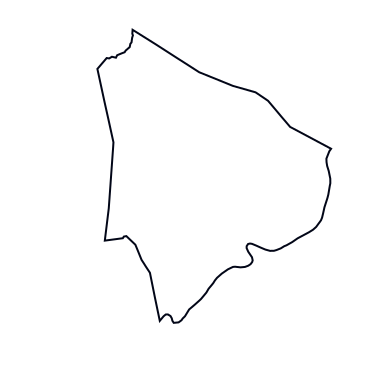 Miguel Alves, Piauí, Brazil, rotated 200°
{"feature_id": "56859067B82587646151349", "entity_name": "Miguel Alves", "entity_type": "district", "adm_level": 2, "iso_a3": "BRA", "parent_name": "Brazil", "parent_adm1": "Piauí", "projection": "mercator", "projection_center": [-42.811, -4.205], "detail": "fine", "context": "isolated", "style": "outline", "palette": "ink", "viewbox_px": 384, "rotation_deg": 200, "n_neighbors": 0, "source": "geoboundaries", "source_scale": "gbopen_adm2", "svg_char_len": 1535}
<svg xmlns="http://www.w3.org/2000/svg" viewBox="0 0 384 384"><g transform="rotate(200 192 192)"><path d="M140.2,116.8L139.1,120.0L136.1,125.5L131.8,131.6L127.9,135.6L126.0,136.5L120.6,137.8L116.6,139.7L113.9,142.0L112.3,144.2L111.5,146.7L111.6,148.5L113.3,151.2L118.7,155.1L121.5,158.0L122.1,159.8L121.5,162.3L119.9,163.4L117.9,163.8L113.3,163.6L109.2,163.3L107.5,163.2L103.4,163.0L98.4,163.4L96.8,164.1L95.0,164.7L92.8,166.3L89.3,169.4L86.8,172.6L85.0,174.2L80.7,179.2L76.9,184.6L68.3,194.2L65.4,197.9L63.4,201.6L61.1,209.5L61.0,212.4L61.5,216.9L61.9,219.9L62.3,222.8L62.6,231.0L62.7,232.9L63.0,236.1L64.6,244.8L65.0,247.5L66.6,251.8L70.7,258.5L73.9,262.7L75.8,266.1L77.1,269.3L76.9,277.2L76.1,280.2L122.0,286.7L134.0,293.5L144.2,299.4L151.7,303.7L164.7,307.0L166.4,307.4L189.8,305.7L226.2,307.0L228.8,307.6L251.1,312.6L276.7,318.4L303.3,324.1L302.2,320.3L301.1,319.0L301.0,316.5L300.0,311.9L300.6,310.1L300.1,306.9L302.7,302.2L303.1,300.3L305.3,298.4L307.3,296.6L309.1,294.9L309.4,292.2L313.5,291.7L315.5,289.2L318.0,288.7L323.0,275.3L305.0,246.7L295.6,232.0L282.8,211.8L281.5,207.4L267.5,158.3L264.6,148.1L257.3,116.5L241.2,124.9L240.8,126.8L238.6,128.1L227.2,123.1L223.7,119.3L216.2,111.0L212.5,108.2L210.2,106.4L203.9,101.7L190.9,80.4L183.1,67.8L178.2,59.9L176.2,65.5L174.8,67.9L172.8,68.7L169.8,68.1L167.8,66.4L166.4,64.3L164.4,62.8L160.0,64.9L158.0,67.9L157.5,69.9L156.1,72.8L154.5,80.7L150.9,87.0L148.0,92.4L146.9,94.6L144.1,102.4L143.3,106.8L140.9,113.5L140.2,116.8Z" fill="none" stroke="#020617" stroke-width="2"/></g></svg>